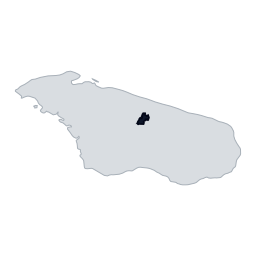 Antanifotsy, Vakinankaratra, Madagascar shown in context, rotated 270°
{"feature_id": "10022922B69082959012584", "entity_name": "Antanifotsy", "entity_type": "district", "adm_level": 2, "iso_a3": "MDG", "parent_name": "Madagascar", "parent_adm1": "Vakinankaratra", "projection": "orthographic", "projection_center": [47.552, -19.75], "detail": "fine", "context": "in_parent", "style": "filled", "palette": "ink", "viewbox_px": 256, "rotation_deg": 270, "n_neighbors": 0, "source": "geoboundaries", "source_scale": "gbopen_adm2", "svg_char_len": 5831}
<svg xmlns="http://www.w3.org/2000/svg" viewBox="0 0 256 256"><g transform="rotate(270 128 128)"><path d="M170.0,21.3L170.8,23.0L171.6,24.7L174.3,28.8L175.5,30.3L176.5,32.0L176.9,35.3L178.6,40.4L180.1,48.1L180.5,56.0L181.0,59.7L182.2,63.1L184.2,66.7L184.8,70.6L183.5,74.7L181.7,78.5L181.2,79.2L180.3,80.2L179.9,80.1L178.5,79.1L177.3,77.5L175.8,73.6L175.3,71.7L174.7,71.4L172.9,71.5L171.6,72.7L171.4,73.5L171.6,75.6L172.1,77.6L172.3,79.5L172.3,82.0L172.8,82.7L173.5,83.4L174.2,85.0L174.3,88.9L173.8,90.8L172.5,92.4L172.6,93.4L173.1,94.3L172.6,94.9L171.0,95.6L170.3,96.2L169.4,97.9L167.9,101.4L167.7,103.1L168.5,108.6L168.2,112.4L166.3,119.7L165.3,123.1L163.7,127.3L161.4,132.7L159.1,139.6L157.2,146.7L155.7,150.9L154.1,155.1L151.9,162.5L150.0,170.0L147.3,178.2L143.5,187.4L143.1,188.6L142.3,193.3L141.5,197.4L140.5,201.4L138.4,208.1L138.1,210.2L137.7,212.1L135.7,216.3L134.9,217.9L134.3,219.5L133.9,221.6L133.3,223.6L131.9,227.4L129.7,230.6L128.3,231.7L125.1,233.4L123.5,233.8L119.9,233.8L116.5,234.8L112.9,236.7L109.5,238.9L108.2,239.9L106.7,240.5L102.2,240.6L100.8,240.2L96.2,236.8L94.4,236.3L91.0,235.8L90.0,235.6L89.1,235.1L87.7,233.3L85.0,231.8L84.3,231.4L83.9,230.3L83.5,229.2L82.8,227.9L82.2,225.5L81.3,223.8L78.7,220.9L78.4,219.9L78.1,216.7L78.2,214.6L77.8,210.6L78.0,208.7L78.9,207.0L78.5,205.2L77.5,203.3L77.1,201.4L76.3,199.6L73.6,196.4L72.9,194.8L72.5,193.2L71.3,188.1L71.2,186.3L71.2,182.5L71.5,180.5L72.1,179.1L72.3,178.1L72.6,177.2L73.3,176.5L73.7,175.7L74.5,170.8L75.8,169.7L77.6,169.0L79.1,167.7L79.9,166.0L80.7,162.5L83.0,158.9L83.8,157.0L85.7,154.2L87.3,150.3L87.8,148.4L88.1,146.5L88.5,142.4L88.8,140.3L88.6,138.3L87.6,136.2L85.2,132.4L85.1,131.7L85.3,128.9L85.0,126.8L84.1,124.8L83.0,122.9L81.8,119.3L81.2,113.4L81.3,111.2L80.9,109.3L80.1,107.5L80.6,104.3L87.4,92.7L87.7,91.3L87.3,87.8L87.4,85.8L87.7,85.0L88.2,84.6L89.4,84.3L95.1,83.7L95.9,83.4L97.3,82.4L99.2,80.5L100.1,79.9L100.9,80.1L101.4,80.9L102.1,81.3L104.4,80.4L105.3,80.4L106.2,80.5L106.6,79.8L106.8,78.7L107.2,78.0L107.8,77.5L110.8,77.3L112.7,77.0L115.1,76.2L115.7,76.3L117.7,79.0L118.3,79.2L119.0,79.3L119.7,78.8L118.1,77.4L117.9,76.7L117.9,75.8L118.8,73.9L120.2,72.4L123.4,70.2L126.8,67.6L127.7,67.5L128.6,67.9L129.2,70.9L129.1,71.4L129.7,71.4L130.3,71.0L130.8,69.8L130.9,68.8L130.4,67.9L130.2,67.1L130.2,66.3L131.9,64.5L133.2,62.8L133.8,60.8L134.4,59.9L135.8,58.9L136.2,59.0L136.5,59.9L136.7,60.8L136.3,61.7L135.8,62.5L135.6,63.7L136.4,64.0L137.1,63.7L138.2,61.5L139.5,59.5L140.2,58.5L141.2,57.7L142.7,57.9L144.3,58.3L141.8,56.2L141.2,53.3L144.1,48.3L144.2,47.2L144.6,46.9L144.8,46.5L143.3,44.8L143.0,43.9L143.2,42.7L143.9,41.5L144.6,40.7L145.5,40.4L146.3,40.9L147.9,42.3L149.0,42.5L150.4,41.2L151.5,39.5L153.1,38.3L155.0,37.6L157.9,35.0L159.7,29.5L159.9,27.9L159.5,26.0L158.8,24.1L157.8,21.8L158.0,21.3L159.6,21.6L160.1,21.3L161.8,19.3L164.7,15.4L165.6,15.4L166.4,16.1L166.7,17.2L167.2,18.0L169.1,19.9L170.0,21.3ZM150.5,36.6L150.5,37.2L148.3,36.9L148.0,34.8L149.0,34.8L149.3,33.9L149.9,33.8L150.6,35.7L150.5,36.6ZM175.7,95.8L173.9,98.9L174.4,96.3L176.6,92.7L177.2,92.4L175.7,95.8Z" fill="#d9dde1" stroke="#a8b0b8" stroke-width="1"/><path d="M132.4,137.4L132.3,137.5L132.2,137.7L132.0,137.8L131.9,137.8L131.7,137.9L131.6,138.0L131.6,138.3L131.9,138.5L131.9,138.9L132.0,138.9L132.1,139.0L132.2,139.3L132.1,139.5L132.1,139.9L132.0,140.0L132.0,140.3L132.0,140.5L132.1,140.9L131.9,140.9L131.9,141.1L131.9,141.4L132.0,141.5L131.9,141.8L131.9,142.0L132.0,142.2L131.9,142.3L131.9,142.5L131.9,142.8L131.8,143.0L131.8,143.4L131.8,143.6L132.1,143.7L132.3,143.8L132.5,143.8L132.8,143.9L133.0,143.7L133.4,143.8L133.5,143.7L134.1,143.8L134.3,143.7L134.3,143.8L134.5,143.7L134.7,143.8L134.8,143.9L135.0,144.1L135.3,144.4L135.3,144.5L135.3,144.9L135.5,144.9L135.5,145.1L135.6,145.3L135.8,145.5L136.0,145.5L135.9,145.6L135.8,145.9L135.9,146.0L136.0,146.1L136.3,146.1L136.4,146.3L136.5,146.3L136.4,146.4L136.3,146.5L136.5,146.7L136.6,146.8L136.4,147.0L136.2,147.0L136.0,147.3L136.3,147.4L136.2,147.5L136.3,147.7L136.2,147.8L136.1,148.0L136.3,148.0L136.5,148.1L136.8,148.1L136.7,148.3L136.8,148.3L136.8,148.5L137.0,148.6L137.0,148.4L137.3,148.3L137.5,148.3L137.5,148.2L138.1,148.6L138.4,148.6L138.5,148.7L138.6,149.0L138.8,149.0L139.0,148.8L139.3,148.7L139.5,148.5L139.9,148.5L140.0,148.4L140.0,148.2L140.3,148.2L140.5,148.3L140.8,148.2L140.7,148.1L140.8,148.1L140.9,147.9L140.8,147.7L140.7,147.6L140.5,147.4L140.4,147.3L140.4,147.2L140.3,146.9L140.3,147.0L140.2,146.9L140.1,146.7L139.9,146.6L140.0,146.5L139.9,146.5L139.9,146.4L140.3,146.3L140.6,146.2L140.9,145.8L140.9,145.7L141.0,145.5L141.0,145.4L140.9,145.2L141.1,145.1L141.3,144.7L141.5,144.6L141.8,144.8L142.0,144.9L142.2,145.0L142.3,145.2L142.5,145.2L142.6,145.3L142.8,145.3L142.9,145.2L142.9,144.9L142.9,144.7L142.7,144.5L142.7,144.4L142.4,144.3L142.5,144.2L142.5,143.8L142.5,143.5L142.8,143.4L142.9,143.2L142.7,143.0L142.5,142.9L142.2,142.8L142.1,142.7L141.9,142.7L141.7,142.8L141.5,142.7L141.4,142.6L141.4,142.4L141.2,142.5L140.9,142.5L140.7,142.6L140.4,142.4L140.3,142.1L140.2,142.2L140.1,142.3L140.0,142.2L140.0,142.3L139.9,142.4L139.7,142.4L139.3,142.2L139.1,142.3L138.9,142.3L138.6,142.3L138.2,142.2L138.0,141.8L137.8,141.8L137.7,141.8L137.4,141.7L137.4,141.4L137.6,141.3L137.8,141.1L138.0,140.9L138.2,140.7L138.3,140.7L138.2,140.5L138.2,140.4L138.0,140.1L138.0,139.9L137.9,139.9L137.7,139.8L137.7,139.7L137.4,139.6L137.3,139.3L137.2,139.3L136.8,139.3L136.7,139.4L136.6,139.2L136.4,139.2L136.3,139.3L136.2,139.3L136.0,139.2L136.0,138.9L135.9,138.9L135.9,139.0L135.7,139.1L135.5,138.9L135.6,138.7L135.4,138.3L135.2,138.1L135.3,138.1L135.1,138.1L134.9,138.1L134.7,138.1L134.4,137.9L134.3,138.0L134.3,137.9L134.2,137.9L134.0,137.7L133.9,137.6L133.6,137.4L133.3,137.4L133.1,137.4L132.9,137.4L132.8,137.5L132.7,137.4L132.7,137.5L132.4,137.4Z" fill="#0f172a" stroke="#020617" stroke-width="1.5"/></g></svg>